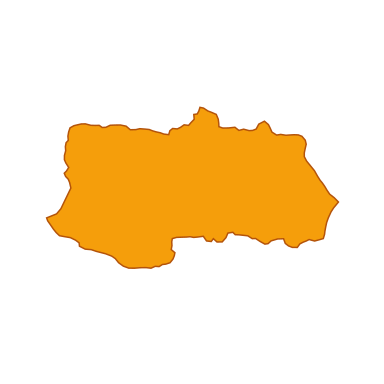 outline of Antônio Cardoso, Bahia, Brazil, rotated 298°
{"feature_id": "56859067B95961729837153", "entity_name": "Antônio Cardoso", "entity_type": "district", "adm_level": 2, "iso_a3": "BRA", "parent_name": "Brazil", "parent_adm1": "Bahia", "projection": "natural_earth1", "projection_center": [-39.143, -12.384], "detail": "fine", "context": "isolated", "style": "filled", "palette": "amber", "viewbox_px": 384, "rotation_deg": 298, "n_neighbors": 0, "source": "geoboundaries", "source_scale": "gbopen_adm2", "svg_char_len": 2285}
<svg xmlns="http://www.w3.org/2000/svg" viewBox="0 0 384 384"><g transform="rotate(298 192 192)"><path d="M288.5,222.7L283.3,219.1L277.7,219.1L274.8,216.6L273.0,213.6L271.7,208.1L268.4,204.5L269.3,199.5L265.7,194.2L262.9,189.1L262.3,185.1L265.2,183.4L268.6,181.0L271.9,177.0L271.5,171.9L271.0,167.9L271.5,162.8L270.5,159.3L266.7,160.0L263.4,160.0L261.3,157.2L257.2,159.8L252.7,158.5L249.2,157.7L247.6,153.5L243.7,151.5L240.8,149.4L239.0,145.1L235.7,143.7L231.7,144.5L229.9,139.9L229.4,136.1L228.3,132.3L227.5,128.5L227.1,124.9L225.5,121.0L223.4,116.2L220.7,113.1L218.0,108.3L219.2,102.9L217.5,97.2L214.9,92.5L212.5,88.4L208.7,85.6L206.8,82.4L207.3,78.8L205.4,75.4L203.4,71.4L202.1,65.9L200.1,62.3L197.5,59.3L195.1,56.6L191.4,54.2L187.1,54.9L183.1,56.2L179.5,58.5L176.4,57.7L172.6,58.9L169.1,61.1L164.4,62.2L160.6,64.2L158.4,67.0L155.8,71.6L151.5,71.3L148.6,70.4L146.4,73.1L145.2,76.7L142.9,79.5L138.6,83.2L115.7,84.1L109.1,82.7L100.9,75.8L98.8,78.1L96.6,82.4L94.1,87.2L92.4,91.2L91.2,95.5L92.6,100.0L94.6,106.0L94.8,111.9L94.1,116.2L91.3,118.1L91.4,124.5L93.8,130.1L94.7,135.6L95.6,139.3L96.9,144.7L97.7,151.1L97.2,155.5L95.1,160.4L94.3,166.2L95.1,171.9L97.8,177.1L100.9,181.9L103.7,187.0L105.5,191.6L109.1,194.4L110.7,198.0L114.1,199.9L116.0,202.7L119.2,205.8L123.9,206.7L127.4,206.3L130.4,205.4L131.4,200.7L135.2,199.5L138.5,197.5L141.6,196.5L144.7,199.7L147.6,204.7L149.7,208.4L151.6,211.3L152.7,214.8L154.8,218.0L158.2,222.8L155.6,227.8L157.3,232.2L160.8,232.8L159.6,237.5L162.1,242.1L167.6,243.4L172.6,243.0L175.6,247.0L174.6,250.2L176.2,253.5L178.0,258.0L179.5,261.8L179.1,267.1L180.8,270.0L180.3,275.4L180.2,280.8L182.1,283.4L186.0,284.8L190.7,289.6L193.7,294.8L190.4,298.5L189.7,302.5L190.2,306.6L192.5,311.0L196.8,311.6L200.0,313.8L202.4,315.9L205.0,317.7L206.3,323.3L209.4,326.6L212.5,329.8L216.9,328.9L219.7,327.8L224.1,326.4L228.4,325.2L233.1,324.5L239.7,324.1L244.5,324.5L247.8,325.2L251.9,326.0L253.7,320.3L254.7,314.6L256.9,310.4L259.0,307.0L261.1,303.0L262.5,299.6L264.9,295.4L268.3,290.1L270.7,284.4L273.1,278.7L275.9,274.6L279.2,272.8L282.9,271.7L287.8,270.4L290.9,267.7L292.8,262.9L292.3,259.0L290.5,255.3L287.9,251.0L286.2,248.3L284.5,243.3L282.0,240.0L282.4,234.5L285.5,230.5L287.4,227.8L288.5,222.7Z" fill="#f59e0b" stroke="#b45309" stroke-width="1.5"/></g></svg>